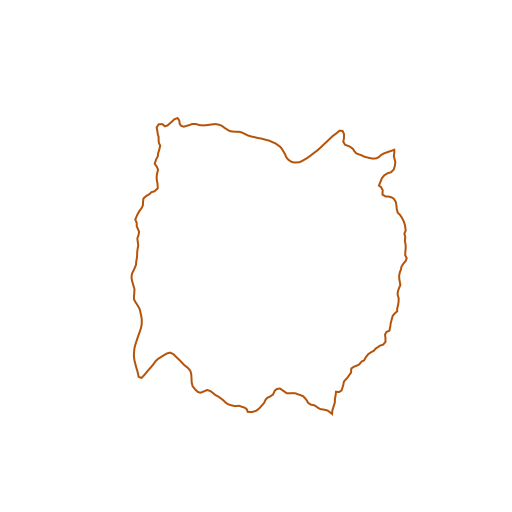 Indaiabira, Minas Gerais, Brazil (Robinson projection), rotated 215°
{"feature_id": "56859067B4422919980234", "entity_name": "Indaiabira", "entity_type": "district", "adm_level": 2, "iso_a3": "BRA", "parent_name": "Brazil", "parent_adm1": "Minas Gerais", "projection": "robinson", "projection_center": [-42.141, -15.564], "detail": "fine", "context": "isolated", "style": "outline", "palette": "amber", "viewbox_px": 512, "rotation_deg": 215, "n_neighbors": 0, "source": "geoboundaries", "source_scale": "gbopen_adm2", "svg_char_len": 4179}
<svg xmlns="http://www.w3.org/2000/svg" viewBox="0 0 512 512"><g transform="rotate(215 256 256)"><path d="M408.4,310.3L411.3,308.0L411.1,304.3L408.7,302.0L406.3,299.4L404.0,297.6L402.3,295.1L400.3,292.8L397.8,291.5L396.3,287.8L395.1,284.1L393.6,281.2L393.2,277.8L391.9,273.5L388.4,272.2L385.7,270.5L384.8,267.9L383.1,264.3L381.1,261.6L378.0,258.6L375.3,255.0L376.3,250.7L378.2,248.4L378.9,245.3L380.4,242.0L381.2,238.5L379.2,234.9L377.7,232.6L377.2,229.6L377.3,225.6L376.9,221.8L375.8,216.6L372.7,214.7L370.8,212.0L368.1,210.3L365.7,208.8L364.3,206.0L363.3,202.4L361.0,199.8L358.5,197.1L357.3,194.4L355.6,191.1L353.3,187.7L351.0,183.0L349.2,179.8L348.6,177.1L348.0,174.0L347.5,170.6L346.4,168.3L344.9,166.1L343.0,164.3L340.0,161.9L336.5,159.1L334.3,155.6L333.0,153.3L331.3,150.7L328.6,149.2L326.2,148.3L323.5,147.1L320.7,145.7L318.5,143.7L315.7,141.1L313.5,138.9L312.0,136.8L310.2,134.0L309.0,131.2L307.7,127.1L306.7,123.3L305.8,120.1L304.7,116.5L303.7,113.3L302.4,110.2L300.6,107.1L299.2,104.8L297.6,102.8L295.2,100.3L292.6,98.1L290.0,95.9L286.6,93.2L282.8,89.7L279.9,90.4L279.2,94.6L278.8,99.8L278.4,103.4L278.0,107.6L277.9,112.3L277.3,115.3L275.8,118.9L274.6,121.8L273.0,125.2L270.9,127.6L267.3,128.2L264.0,127.6L261.3,127.2L258.6,126.8L255.9,126.3L252.2,125.5L247.9,125.3L245.6,124.8L243.4,123.9L241.3,122.1L238.9,119.1L236.3,115.7L233.3,113.0L229.2,111.8L225.7,111.3L223.2,112.0L221.0,115.2L219.1,118.3L215.7,119.2L212.8,119.1L209.8,118.8L206.6,119.2L202.6,119.2L199.6,119.0L196.7,118.5L193.7,118.6L190.4,119.6L186.9,121.1L183.9,123.6L180.6,124.5L178.3,125.3L175.8,125.2L173.3,123.6L169.5,126.2L167.2,129.1L166.0,132.7L165.4,137.4L165.1,140.4L165.7,143.6L165.4,146.4L164.0,148.7L162.6,152.3L163.4,156.6L162.6,159.1L160.4,161.2L156.7,161.2L152.1,161.2L149.6,162.9L147.3,164.7L144.8,166.2L142.5,166.7L140.0,167.5L136.8,168.2L133.9,167.5L131.4,166.8L129.2,165.6L125.8,165.7L122.7,167.1L120.4,167.3L118.1,167.2L115.4,167.5L112.1,169.2L108.6,170.5L105.8,170.4L103.1,170.2L104.9,173.4L106.0,176.8L107.3,181.0L109.3,184.1L110.8,187.4L112.6,190.7L110.0,192.1L108.8,194.9L109.7,197.9L110.5,200.4L111.9,203.4L111.7,206.0L111.3,209.0L111.3,215.0L113.4,218.5L112.2,221.6L110.6,223.9L109.3,226.3L108.9,230.2L107.6,232.5L108.0,236.3L107.7,240.2L106.4,243.5L105.1,246.0L104.9,248.7L103.9,251.1L103.0,253.7L101.0,256.3L100.7,260.0L103.1,263.3L105.2,265.6L105.6,268.6L103.9,271.3L105.5,275.2L107.1,278.2L108.5,282.0L109.7,285.4L109.4,288.6L108.6,291.7L110.2,293.9L111.5,297.3L112.8,300.0L114.7,303.0L118.0,305.7L119.5,308.5L120.4,311.6L121.1,315.0L123.0,316.9L125.5,319.4L127.6,322.2L128.8,325.1L129.6,328.2L130.7,330.6L130.9,334.5L130.5,337.7L131.3,340.6L134.3,342.3L136.0,344.9L138.0,348.5L140.0,351.1L142.5,353.5L144.8,357.4L147.3,359.4L148.0,362.7L149.8,364.7L151.9,366.9L155.0,369.2L158.4,371.0L161.7,372.3L164.6,372.7L167.8,375.3L170.1,378.1L172.7,380.6L175.8,381.9L178.6,381.8L181.3,380.8L183.9,379.1L187.6,378.8L190.0,382.6L193.1,384.1L195.7,384.2L196.6,388.2L197.5,392.0L197.2,395.7L195.7,399.2L193.4,402.1L192.8,405.9L194.0,409.6L195.7,412.8L198.1,414.9L200.4,416.9L202.1,420.2L203.7,422.3L206.1,418.9L208.4,415.8L210.3,413.0L211.6,410.1L212.2,407.3L213.6,404.8L216.3,402.7L218.9,401.5L221.8,400.4L224.1,399.5L227.0,399.1L229.8,398.3L232.7,397.6L235.7,398.3L238.2,399.4L242.0,399.4L244.5,398.8L246.8,398.2L250.0,399.6L251.6,403.1L253.9,406.4L256.8,408.1L259.5,406.5L260.5,402.6L262.0,398.1L262.9,393.8L263.7,389.6L264.4,386.5L265.0,383.3L265.6,380.6L266.4,377.3L267.6,373.8L268.9,369.5L270.4,365.3L272.4,361.0L274.1,357.8L276.2,356.1L278.3,354.5L281.0,353.5L284.9,353.4L288.1,354.4L290.5,356.0L293.3,357.3L295.8,358.4L298.5,359.3L301.4,359.4L304.5,359.4L307.9,358.7L311.2,358.1L313.7,357.2L316.3,356.2L319.5,355.0L322.7,353.5L325.6,352.4L328.4,351.2L331.7,350.1L335.1,349.6L338.0,349.1L340.9,348.2L343.6,346.3L346.1,344.8L349.0,343.3L352.8,343.0L356.0,342.9L358.5,343.1L361.3,342.4L364.8,340.9L367.6,338.5L370.0,336.2L373.2,333.4L376.9,331.0L381.0,329.6L384.1,327.4L385.7,325.0L387.6,322.7L389.3,320.5L391.9,319.7L394.2,320.4L396.6,323.0L399.4,324.0L401.3,321.2L402.0,317.8L402.7,314.9L403.4,312.1L405.0,310.0L408.4,310.3Z" fill="none" stroke="#b45309" stroke-width="2"/></g></svg>